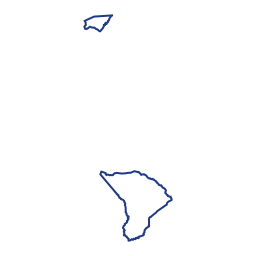 La Esperanza, Intibucá, Honduras
{"feature_id": "27666195B40908355189071", "entity_name": "La Esperanza", "entity_type": "district", "adm_level": 2, "iso_a3": "HND", "parent_name": "Honduras", "parent_adm1": "Intibucá", "projection": "albers", "projection_center": [-88.153, 14.407], "detail": "fine", "context": "isolated", "style": "outline", "palette": "blue", "viewbox_px": 256, "rotation_deg": 0, "n_neighbors": 0, "source": "geoboundaries", "source_scale": "gbopen_adm2", "svg_char_len": 5560}
<svg xmlns="http://www.w3.org/2000/svg" viewBox="0 0 256 256"><path d="M171.6,199.9L171.6,199.1L171.3,198.6L171.2,198.1L171.1,197.8L170.7,197.4L170.6,196.8L170.2,196.9L169.9,196.8L169.4,196.4L168.5,196.2L168.0,196.0L167.9,196.0L167.7,195.3L167.5,195.1L166.6,194.6L166.5,194.3L166.3,193.9L166.0,193.5L165.8,193.3L165.3,193.0L165.3,192.8L165.4,192.0L165.9,190.5L165.9,190.3L165.8,190.1L165.0,189.0L164.1,188.4L163.7,187.9L163.0,187.8L162.7,187.6L161.9,186.6L161.6,185.7L161.4,185.4L161.1,185.3L160.7,185.5L159.8,185.2L159.5,185.1L159.0,185.0L158.4,183.9L157.8,183.4L157.4,183.0L157.3,182.8L156.7,182.5L156.6,182.4L156.5,182.2L156.5,181.9L156.5,181.7L156.2,181.5L155.8,181.0L154.3,180.2L154.2,180.1L153.9,179.6L153.4,179.6L153.0,179.5L152.9,179.4L152.6,178.9L152.4,178.9L151.9,179.1L151.3,179.1L150.6,178.8L150.3,178.4L150.0,178.4L149.4,178.5L149.2,178.5L148.8,178.1L148.2,177.9L147.7,177.5L147.3,177.1L146.9,176.5L146.3,175.7L145.7,175.1L145.2,175.0L144.3,174.3L144.2,174.3L143.7,174.5L143.0,174.3L142.6,174.3L142.2,174.4L141.5,174.8L141.2,174.8L140.9,174.6L140.8,174.4L140.8,174.2L140.3,173.6L140.1,173.4L139.6,172.9L139.3,172.8L139.0,172.2L138.6,172.0L138.3,171.9L138.1,171.9L137.4,172.1L136.9,171.8L135.9,171.6L134.6,171.2L134.2,171.3L133.5,171.5L132.0,172.2L131.6,172.3L130.9,172.7L130.6,172.8L129.8,172.8L129.2,172.8L128.8,172.8L128.5,172.8L126.9,173.0L125.8,173.3L124.6,173.4L122.1,173.5L121.2,173.5L119.6,173.3L117.9,173.0L116.2,172.9L115.7,173.1L115.0,173.1L114.7,173.4L114.3,173.5L113.9,174.0L113.4,174.3L113.1,174.9L112.8,175.1L112.5,175.2L112.2,175.2L111.1,175.1L110.8,175.0L110.5,175.0L110.3,175.0L110.1,175.2L109.8,175.3L109.4,175.2L108.4,174.7L107.4,174.6L107.1,174.6L106.6,175.0L105.9,174.5L105.8,174.3L105.7,174.2L105.7,173.5L105.6,173.1L105.4,173.0L104.9,172.8L103.4,172.3L102.2,171.8L101.7,171.7L101.3,171.7L100.4,174.4L114.4,191.0L114.7,191.5L114.8,191.6L115.0,191.6L115.3,191.9L115.4,192.3L115.6,192.5L116.2,193.0L116.3,193.2L116.6,193.9L116.8,193.9L117.3,194.1L117.5,194.6L117.7,195.0L118.0,195.1L118.3,195.1L118.4,195.8L118.7,196.2L119.0,196.7L119.2,197.2L119.3,197.5L119.5,197.8L119.9,197.8L120.1,197.9L120.3,198.2L120.8,198.6L120.9,198.9L121.0,199.1L121.5,199.2L121.8,199.5L122.7,199.6L123.8,200.6L124.3,201.2L124.3,201.9L124.3,202.2L125.1,203.1L125.2,203.4L125.3,203.7L125.0,204.6L124.9,205.1L125.0,205.4L125.3,206.1L125.4,206.4L125.7,208.2L125.6,209.9L125.7,210.4L125.8,210.8L125.9,211.3L125.6,211.9L125.6,212.2L125.7,212.4L126.3,213.0L126.5,213.3L126.6,213.7L126.5,214.6L126.6,214.8L126.8,215.1L127.0,215.3L127.2,215.8L127.3,215.9L128.4,216.3L128.6,216.6L128.7,216.9L128.6,217.0L128.3,217.2L128.0,217.3L127.8,217.7L127.7,217.9L127.8,218.1L128.4,218.7L128.5,218.9L128.4,219.0L128.2,219.2L128.0,219.3L127.9,219.7L127.8,220.1L127.7,220.4L127.5,220.5L127.1,220.7L126.9,221.0L127.0,221.4L127.1,221.7L127.1,222.0L126.8,222.5L126.5,222.8L126.1,223.1L125.4,223.5L124.8,224.0L124.9,224.8L124.8,225.1L124.7,225.3L124.0,225.7L123.6,226.0L123.5,226.5L123.1,227.6L123.0,227.9L123.1,228.1L123.2,228.3L123.9,229.0L124.2,229.7L124.3,230.2L124.5,230.3L124.4,230.4L124.5,230.6L124.4,230.9L124.2,231.1L123.9,231.3L123.8,231.5L123.8,231.8L124.1,232.2L124.4,233.5L124.3,233.8L123.9,234.8L123.9,235.0L124.0,235.3L124.9,235.3L125.1,235.3L125.3,235.4L125.3,235.5L125.7,236.1L125.8,236.3L126.0,236.4L126.6,236.5L126.8,236.8L126.8,237.1L127.1,237.5L127.5,237.9L128.6,238.7L128.6,238.8L128.5,239.1L128.4,239.7L128.6,240.6L128.9,240.6L129.3,240.6L129.9,240.5L130.2,240.3L130.7,240.0L131.4,239.4L131.6,239.2L131.9,239.3L132.2,239.6L132.3,239.7L132.6,239.8L132.8,239.8L133.0,239.8L133.2,239.6L133.3,239.4L133.6,239.0L133.7,238.8L133.9,238.7L134.1,238.8L135.0,239.1L135.3,239.1L135.5,239.1L135.8,238.8L136.0,237.9L136.6,237.8L137.8,238.1L138.5,238.1L138.7,237.9L138.8,237.7L138.7,237.3L138.4,237.1L139.2,236.5L140.4,236.3L141.4,236.0L142.4,235.6L143.1,235.4L143.8,234.8L143.9,234.7L143.8,234.3L143.7,233.8L143.5,233.7L143.7,233.3L144.3,232.6L144.5,232.3L144.5,231.9L144.4,231.1L144.5,230.9L144.7,230.5L144.7,230.1L145.0,229.7L145.5,229.3L145.6,229.0L145.7,228.7L145.9,228.4L146.0,228.3L146.3,228.3L146.5,228.2L147.0,227.6L147.7,227.2L148.8,226.5L149.0,226.3L149.1,226.1L148.9,225.8L148.8,225.7L149.1,225.2L149.0,224.8L149.0,224.2L149.0,222.8L149.1,222.2L149.0,221.0L149.0,220.7L148.9,220.1L149.1,219.4L149.1,218.2L149.6,217.5L149.9,217.2L150.7,217.0L151.0,216.9L151.1,216.7L151.5,216.2L155.9,212.7L157.2,211.2L165.6,205.3L166.5,205.0L166.6,204.8L167.0,203.2L167.5,202.5L167.9,202.1L168.2,201.8L169.0,201.3L170.5,200.6L171.6,199.9ZM112.1,15.4L94.1,16.6L86.5,20.0L84.7,21.0L85.6,22.4L85.7,22.8L85.6,23.3L85.6,24.0L85.7,24.3L85.8,24.5L85.9,24.8L85.8,25.0L85.6,25.3L84.8,26.0L84.4,26.7L84.4,26.9L84.7,27.6L84.9,28.3L85.1,28.7L85.3,28.9L86.1,29.1L86.3,28.9L86.5,28.7L87.0,28.7L87.5,28.6L88.4,27.8L89.7,27.0L90.2,26.8L90.5,26.9L91.3,27.3L92.1,27.5L92.6,27.6L93.6,27.6L94.1,27.6L94.4,27.6L94.7,27.9L95.4,28.4L95.9,28.8L96.1,29.1L96.9,29.2L98.0,29.9L98.8,30.7L99.6,31.2L99.9,31.3L100.1,31.3L100.3,31.2L100.9,30.5L101.5,29.6L102.1,29.1L102.5,28.6L102.8,28.3L103.0,27.8L103.3,27.1L103.7,26.6L103.9,26.2L103.9,25.0L104.1,25.0L104.8,25.1L105.0,25.0L105.0,24.7L105.0,24.0L105.0,23.8L105.1,23.7L105.4,23.7L106.2,24.0L106.4,24.0L106.5,23.9L106.4,23.7L105.9,23.0L105.8,22.9L106.0,22.7L106.9,22.8L107.2,22.7L107.4,22.6L107.9,22.0L108.1,21.8L108.1,21.7L108.0,20.9L108.2,20.7L108.8,20.4L109.0,20.2L109.1,19.7L109.1,19.4L109.5,18.4L110.4,17.2L110.6,16.9L110.6,16.6L110.8,16.3L111.2,15.9L111.5,15.9L111.9,15.7L112.1,15.5L112.1,15.4Z" fill="none" stroke="#1e3a8a" stroke-width="2"/></svg>